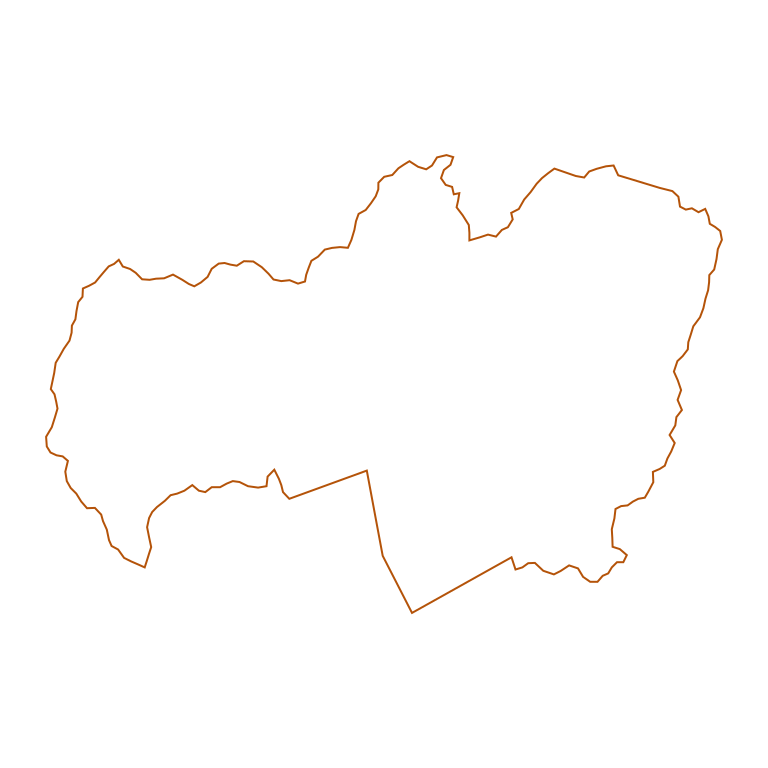 the district of Angelina, Santa Catarina, Brazil
{"feature_id": "56859067B60801601029552", "entity_name": "Angelina", "entity_type": "district", "adm_level": 2, "iso_a3": "BRA", "parent_name": "Brazil", "parent_adm1": "Santa Catarina", "projection": "natural_earth1", "projection_center": [-49.081, -27.547], "detail": "fine", "context": "isolated", "style": "outline", "palette": "amber", "viewbox_px": 768, "rotation_deg": 0, "n_neighbors": 0, "source": "geoboundaries", "source_scale": "gbopen_adm2", "svg_char_len": 3044}
<svg xmlns="http://www.w3.org/2000/svg" viewBox="0 0 768 768"><path d="M623.3,562.2L626.8,555.1L619.8,549.1L612.6,546.8L612.3,537.9L611.8,529.2L614.4,518.4L615.5,509.0L621.1,506.1L627.6,505.4L632.9,501.6L638.3,498.8L644.8,497.7L648.3,491.7L653.3,482.2L652.9,471.9L659.6,469.0L664.8,465.7L667.4,458.5L671.2,451.5L674.7,443.0L669.6,435.0L675.3,425.4L676.4,417.1L681.9,410.0L677.6,399.9L681.1,390.1L677.8,380.4L673.9,371.6L677.4,361.1L682.6,356.2L687.8,349.4L688.3,342.2L690.6,335.1L693.3,326.3L700.0,317.3L703.4,308.2L705.5,298.6L708.1,290.3L709.1,282.2L709.3,275.1L714.2,269.5L716.5,259.1L717.8,249.2L721.9,239.8L720.2,231.0L715.0,226.9L709.8,223.8L708.4,216.3L705.2,208.9L698.5,212.2L691.9,208.3L685.8,209.6L680.0,206.6L678.4,196.7L672.4,191.1L659.7,187.9L618.2,175.3L613.6,165.5L606.0,166.3L596.7,168.8L589.2,171.5L584.2,177.5L575.8,176.0L554.4,168.6L548.0,173.3L541.9,178.2L536.6,183.8L530.6,192.1L524.2,199.5L518.8,209.0L511.2,212.9L512.7,219.4L507.9,227.2L501.9,229.9L496.0,236.6L488.0,234.6L479.9,237.3L469.4,240.4L469.4,232.8L468.8,225.0L462.7,215.3L456.6,207.3L458.1,200.6L459.3,193.2L453.8,194.3L452.1,186.9L445.7,184.9L441.0,178.2L443.9,170.0L450.5,164.8L453.2,157.1L446.5,155.1L437.0,157.4L432.0,165.5L426.2,169.3L418.1,166.8L409.4,161.2L403.6,164.8L398.4,168.3L392.3,175.0L384.2,176.8L378.4,182.7L378.3,189.4L375.7,196.3L370.9,203.3L365.7,210.0L358.6,213.9L356.0,221.2L354.4,229.9L351.4,239.9L347.9,247.8L340.0,247.1L332.0,247.9L324.8,249.6L318.0,256.7L311.4,260.8L308.7,267.7L306.2,274.8L305.0,281.5L298.0,283.6L289.6,280.2L281.3,281.1L273.5,279.5L268.5,273.7L261.8,267.2L253.3,261.5L243.9,261.2L236.8,265.7L230.4,264.6L224.6,263.0L218.7,263.6L211.7,268.8L207.6,276.9L200.9,282.5L194.3,286.3L188.9,284.0L182.3,279.8L173.0,274.6L164.1,278.3L156.0,278.7L149.6,279.8L142.1,279.3L135.7,272.8L130.1,269.0L122.8,266.5L118.8,259.8L114.1,263.9L108.7,266.4L104.1,271.7L99.7,276.9L95.1,282.5L89.0,285.8L82.9,288.5L82.5,296.8L78.2,302.1L76.5,311.0L75.4,319.3L71.9,325.6L71.6,332.7L69.5,340.6L63.8,348.8L59.5,356.5L55.7,362.8L54.2,373.0L52.5,381.1L50.8,389.1L54.5,394.3L56.2,401.7L57.5,408.6L54.9,417.4L51.8,427.2L46.1,436.8L46.8,446.5L50.5,452.5L56.5,455.3L62.7,456.4L67.9,460.9L65.3,471.7L66.8,481.1L70.7,488.0L76.3,493.6L81.2,501.5L87.0,508.2L94.9,507.9L101.2,514.6L103.0,521.1L106.8,529.6L109.0,540.1L111.6,546.0L118.1,549.5L124.1,557.9L131.1,561.4L137.8,564.3L144.7,567.4L147.0,560.3L149.1,553.5L151.2,547.1L149.1,537.3L147.1,527.2L149.1,518.0L152.2,512.0L156.9,507.1L164.9,500.8L170.6,495.2L177.2,493.6L184.4,490.7L192.3,485.1L198.9,490.7L205.3,492.1L211.7,487.2L220.1,487.2L226.7,483.6L232.8,481.1L239.5,482.0L248.0,486.2L258.1,487.6L266.5,486.2L267.6,476.6L274.3,469.7L278.9,478.8L281.3,485.1L283.0,492.1L289.3,498.8L366.8,470.6L376.3,521.6L382.7,555.8L412.0,612.9L511.5,557.3L515.5,569.5L522.4,567.4L528.2,563.2L534.9,562.9L543.3,570.8L553.9,574.4L560.6,571.0L569.1,565.4L578.0,568.4L583.1,576.9L590.2,581.8L597.5,581.8L602.7,575.8L608.2,573.4L611.8,567.4L617.0,562.2L623.3,562.2Z" fill="none" stroke="#b45309" stroke-width="2"/></svg>